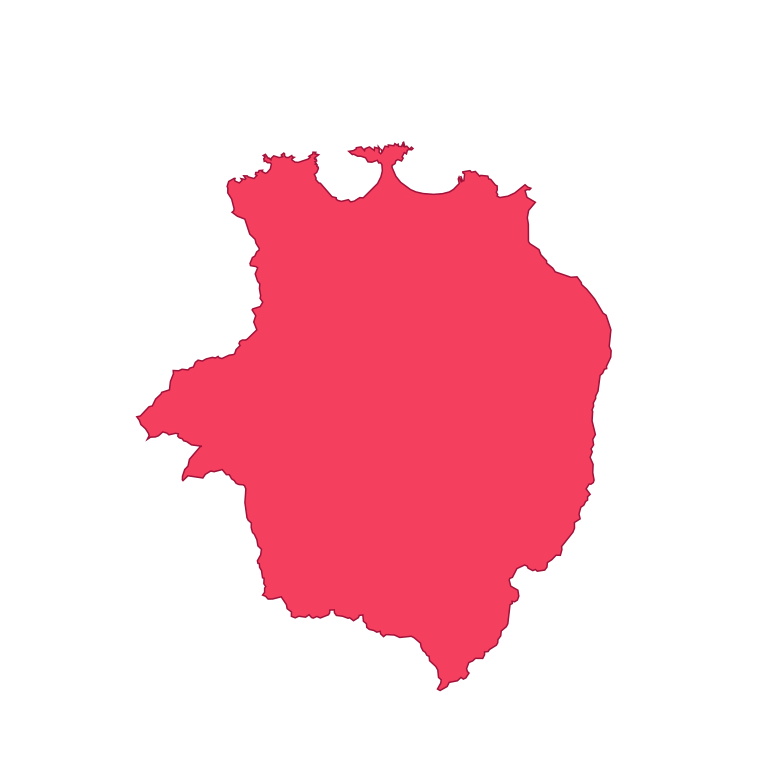 the district of Santa, Áncash, Peru, rotated 124°
{"feature_id": "86281439B85206486043179", "entity_name": "Santa", "entity_type": "district", "adm_level": 2, "iso_a3": "PER", "parent_name": "Peru", "parent_adm1": "Áncash", "projection": "orthographic", "projection_center": [-78.368, -9.004], "detail": "fine", "context": "isolated", "style": "filled", "palette": "rose", "viewbox_px": 768, "rotation_deg": 124, "n_neighbors": 0, "source": "geoboundaries", "source_scale": "gbopen_adm2", "svg_char_len": 6171}
<svg xmlns="http://www.w3.org/2000/svg" viewBox="0 0 768 768"><g transform="rotate(124 384 384)"><path d="M549.4,570.6L550.9,566.5L553.6,562.8L554.4,556.9L556.5,551.9L558.2,549.8L562.3,549.3L558.6,547.8L555.7,543.9L553.0,542.0L547.4,540.6L546.1,536.5L546.4,533.9L541.5,529.3L540.3,526.7L542.6,525.8L543.1,523.7L542.2,520.6L543.1,518.4L542.1,515.4L542.1,509.5L537.4,500.1L538.7,501.3L555.2,503.2L561.6,500.6L566.3,501.4L573.1,499.5L576.2,497.6L576.5,496.6L569.7,495.2L563.2,481.6L558.7,481.6L553.1,479.0L551.7,475.8L545.4,470.2L547.3,464.0L545.7,461.5L547.8,457.4L547.8,454.1L549.0,451.0L548.5,448.2L546.3,444.3L546.4,442.6L548.3,439.8L560.1,433.0L571.4,422.9L572.9,420.3L573.4,416.3L577.3,413.8L580.6,410.0L581.1,407.4L584.2,402.3L588.7,398.0L589.6,393.2L594.6,390.7L601.4,390.1L603.2,388.2L602.7,386.9L605.6,384.6L607.1,381.3L612.6,376.3L612.1,374.8L616.8,371.9L618.0,368.8L620.0,368.8L623.5,366.5L626.9,366.6L626.2,363.4L627.1,359.8L624.5,356.1L617.9,350.2L621.5,341.5L624.4,338.7L624.7,333.3L628.4,330.9L627.5,326.8L624.2,324.8L621.1,318.6L617.2,317.1L618.1,313.4L617.6,311.7L614.3,309.7L613.6,306.0L606.4,301.0L604.2,301.1L601.7,302.5L599.1,298.9L601.4,297.1L602.5,294.1L599.7,288.5L598.3,282.8L597.0,281.8L597.3,276.9L592.0,274.6L589.7,275.1L587.3,272.4L592.2,268.4L592.6,264.5L595.4,262.2L595.7,259.0L594.0,254.6L593.8,251.3L591.2,248.8L593.0,247.1L593.7,243.1L590.7,242.2L589.7,240.7L586.3,235.0L585.3,229.2L577.9,220.3L577.5,217.1L578.5,208.7L581.2,206.3L583.3,202.6L583.4,199.7L584.9,196.8L584.6,194.3L587.9,191.5L589.2,183.1L591.0,179.5L596.8,174.7L597.2,171.2L600.2,169.7L607.0,169.1L606.7,166.1L599.5,162.5L594.9,163.1L589.0,157.2L584.2,156.1L584.3,153.2L581.9,151.8L576.1,151.9L575.7,154.1L573.8,156.4L567.5,157.9L563.9,155.6L560.3,154.8L556.3,148.7L552.3,149.2L549.9,150.8L547.6,148.1L545.1,148.1L537.7,144.8L535.0,145.0L532.2,146.6L527.5,146.4L523.2,148.7L516.9,146.9L513.5,147.3L496.5,156.1L494.2,154.9L492.6,156.3L491.5,153.9L488.5,152.6L484.5,153.6L480.1,157.7L480.7,165.9L476.4,170.7L474.7,171.0L472.5,169.4L462.7,170.6L455.4,166.2L454.9,163.5L456.1,161.5L455.5,156.3L453.1,154.7L453.5,152.3L448.4,146.7L444.7,146.5L440.7,148.7L436.0,146.7L429.7,145.6L427.4,142.0L421.8,143.9L419.4,145.9L401.2,144.5L396.9,145.5L392.3,148.7L386.1,146.0L382.8,149.6L376.1,151.9L372.7,150.6L368.7,151.2L366.4,150.3L363.6,152.2L360.2,151.4L357.9,157.8L352.3,158.0L351.3,156.4L348.7,155.4L346.2,156.1L340.6,161.5L333.7,165.7L329.6,172.1L323.8,173.4L322.1,176.1L317.2,176.2L313.3,179.9L307.7,180.5L298.2,190.9L290.0,195.7L289.3,197.0L285.2,197.8L282.6,199.9L277.7,200.4L275.7,201.8L270.2,202.6L256.0,209.7L252.7,208.8L248.5,209.6L246.7,208.0L244.9,209.5L235.0,211.0L229.4,214.3L226.8,218.4L212.2,226.2L202.8,238.3L202.8,242.0L195.7,257.0L192.1,268.9L191.1,275.6L189.5,277.4L187.2,283.9L191.0,288.7L195.3,304.8L193.6,308.8L192.8,316.8L191.0,318.1L189.2,326.1L185.9,330.7L186.1,341.7L185.0,344.0L170.9,353.6L166.0,358.2L159.1,361.2L148.7,360.1L149.3,369.8L144.9,375.1L142.9,374.2L141.5,371.9L139.6,371.7L140.4,374.9L139.9,378.5L152.5,382.4L159.0,386.3L164.7,392.3L164.9,395.4L163.3,395.8L162.2,398.2L159.8,398.6L156.5,401.0L156.8,402.9L154.7,409.9L155.4,411.8L153.6,414.2L156.9,420.4L158.2,420.9L156.7,427.1L159.5,429.9L159.0,432.0L164.0,437.3L164.8,436.8L164.8,434.6L170.8,431.5L171.8,432.4L168.6,436.7L172.2,432.7L173.2,433.0L170.4,437.5L172.5,437.1L175.7,433.7L183.8,435.2L188.2,437.2L193.6,442.0L199.1,449.0L204.2,458.0L206.9,464.9L208.0,470.6L207.5,482.9L205.2,490.3L200.0,498.4L198.3,499.5L195.1,498.1L192.3,499.0L190.2,498.0L189.3,494.2L186.0,494.4L185.7,496.0L180.8,496.6L180.7,494.1L177.3,495.3L175.7,494.6L174.5,492.1L172.6,491.6L172.3,493.7L175.0,494.1L174.1,498.1L175.7,499.3L172.6,502.9L173.7,503.2L175.9,501.3L175.8,502.6L177.3,502.2L178.8,504.9L177.3,506.4L178.7,506.8L178.6,509.4L181.0,509.1L183.4,514.1L184.9,513.0L186.2,516.1L191.4,515.4L191.3,517.5L193.0,515.2L195.0,515.5L194.5,517.8L190.9,519.9L190.4,521.4L191.8,520.3L193.0,524.2L195.8,522.7L195.6,528.6L199.5,531.3L201.4,530.6L200.2,535.5L203.6,539.1L204.7,538.5L207.7,539.9L210.8,543.3L211.5,538.6L210.4,537.5L209.9,533.3L208.1,530.6L206.8,525.8L208.8,521.5L206.9,518.1L202.3,514.7L203.7,511.9L202.5,510.7L203.2,508.5L208.3,504.5L214.0,502.4L221.4,501.4L241.3,505.3L243.0,508.3L249.0,510.9L251.7,513.5L251.1,516.6L256.4,521.4L257.7,525.2L257.4,527.0L256.3,527.8L257.8,531.8L253.2,548.9L253.8,550.7L252.6,555.0L251.3,555.4L249.1,559.0L246.2,558.1L242.1,558.9L241.0,559.8L241.2,561.3L239.7,561.9L240.1,564.0L239.0,563.6L238.3,565.5L236.7,564.5L235.5,566.2L236.3,567.3L235.6,568.0L230.5,566.4L231.8,569.9L230.1,570.1L231.5,572.5L233.4,571.7L237.2,573.6L237.2,572.1L240.0,572.7L248.2,579.0L249.8,581.8L249.8,585.4L249.1,586.3L246.3,585.2L247.0,587.0L246.2,588.2L249.6,589.8L250.9,591.7L250.5,594.0L248.8,595.1L248.6,596.2L251.6,597.2L252.3,595.2L254.9,597.5L256.5,603.0L260.0,603.7L261.4,603.1L261.0,605.8L261.6,606.3L259.9,610.7L262.1,611.9L262.3,609.5L264.4,609.7L266.4,607.8L265.4,607.0L265.7,604.4L264.2,601.9L264.7,600.3L269.3,598.5L274.1,599.1L275.7,600.2L276.0,604.0L274.7,604.2L276.9,606.9L278.8,606.6L280.4,608.6L282.3,607.7L282.2,606.0L286.3,606.6L288.3,612.5L287.9,613.6L289.8,616.7L291.1,613.4L292.2,613.7L293.7,617.4L294.6,615.6L298.2,616.4L299.1,620.9L297.8,622.8L296.5,621.9L297.3,623.2L302.9,626.0L308.0,624.5L308.8,623.1L312.9,620.4L315.9,613.7L322.5,606.3L324.4,605.4L326.6,606.0L326.9,599.4L325.1,591.6L334.8,579.1L336.1,571.8L338.9,568.8L341.4,563.2L342.9,562.5L345.7,563.4L350.2,562.6L352.7,563.8L359.0,562.5L360.5,560.9L358.3,555.9L358.3,553.7L364.8,552.3L369.5,546.2L370.5,542.9L374.6,540.6L379.8,535.6L382.3,534.6L383.9,530.3L389.0,529.9L395.1,534.8L396.3,534.8L399.1,528.5L405.4,526.7L410.2,519.7L423.4,522.5L425.0,523.4L426.7,526.0L429.2,527.3L431.5,526.9L432.6,524.8L438.2,525.9L442.4,524.7L443.8,525.3L446.7,528.5L453.5,532.6L454.5,535.4L453.9,537.0L456.7,538.3L457.9,541.2L462.6,545.4L466.6,547.5L468.2,551.5L471.6,552.5L476.5,551.5L479.3,553.8L481.9,554.3L484.7,559.7L487.8,561.6L490.7,566.3L493.3,564.3L501.3,562.5L508.8,558.6L515.2,563.6L517.2,563.3L524.2,564.9L531.7,563.8L534.3,566.1L546.8,568.1L549.4,570.6Z" fill="#f43f5e" stroke="#9f1239" stroke-width="1.5"/></g></svg>